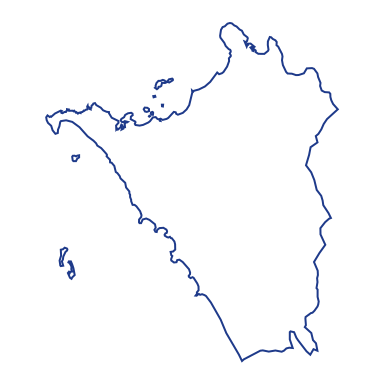 Nias Utara, Sumatera Utara, Indonesia (Natural Earth projection)
{"feature_id": "22746128B50601239773602", "entity_name": "Nias Utara", "entity_type": "district", "adm_level": 2, "iso_a3": "IDN", "parent_name": "Indonesia", "parent_adm1": "Sumatera Utara", "projection": "natural_earth1", "projection_center": [97.265, 1.31], "detail": "fine", "context": "isolated", "style": "outline", "palette": "blue", "viewbox_px": 384, "rotation_deg": 0, "n_neighbors": 0, "source": "geoboundaries", "source_scale": "gbopen_adm2", "svg_char_len": 5899}
<svg xmlns="http://www.w3.org/2000/svg" viewBox="0 0 384 384"><path d="M337.8,109.3L333.1,104.0L331.3,100.3L330.4,97.0L330.3,93.8L329.1,92.4L324.7,92.1L321.7,90.5L320.1,86.0L320.5,82.9L318.1,77.0L317.4,73.4L314.0,68.8L312.0,68.1L306.8,68.4L303.9,73.3L298.7,75.0L296.0,75.1L291.9,73.7L287.6,73.5L286.1,71.9L282.9,65.1L282.0,60.2L282.5,56.5L282.0,54.0L278.2,46.6L276.5,45.2L276.7,42.0L275.4,40.3L272.7,38.9L271.2,37.3L269.8,37.0L267.9,41.4L267.8,45.0L268.5,49.7L268.0,50.9L264.3,53.9L258.3,53.8L255.8,52.2L255.7,50.5L254.0,49.2L253.1,49.8L253.3,51.0L252.4,50.7L252.2,49.3L252.6,48.5L251.4,48.7L250.5,47.5L253.3,46.1L253.9,47.3L254.5,46.8L250.6,43.6L247.7,43.7L248.0,44.9L247.2,45.3L246.7,46.6L244.6,41.5L246.0,42.1L247.1,40.9L247.8,38.2L247.4,37.3L243.8,34.5L241.9,30.7L239.6,29.5L236.6,26.5L234.2,25.4L231.9,23.4L229.9,23.0L227.5,23.7L224.8,26.3L222.6,27.1L221.0,29.8L220.1,35.8L220.4,37.6L224.3,42.8L225.7,46.0L228.7,49.1L230.2,49.8L230.7,50.9L230.7,51.8L229.7,53.4L230.8,55.3L230.7,56.3L228.9,58.3L229.1,61.1L227.1,66.6L223.5,72.0L222.0,73.2L219.1,74.2L217.2,72.5L210.2,81.9L204.9,86.5L198.8,89.5L193.9,90.8L193.2,91.7L192.1,90.6L192.3,92.4L189.2,105.2L186.6,109.4L182.8,112.9L177.9,114.7L176.2,113.8L175.7,112.3L173.8,111.9L168.3,117.9L166.6,118.9L162.6,119.9L160.6,118.7L159.9,118.9L159.8,119.9L160.3,120.9L159.8,120.8L159.4,119.5L157.4,118.9L155.7,117.1L152.9,117.4L150.0,121.2L148.3,122.5L143.1,124.9L139.6,125.6L135.5,125.0L134.8,123.8L135.5,122.3L135.3,121.6L130.7,119.2L130.9,116.6L132.7,115.2L132.5,113.6L131.2,112.8L128.0,113.3L125.2,114.9L124.1,117.2L121.4,118.9L120.8,120.0L120.8,120.7L122.0,122.0L123.1,122.1L124.8,121.1L127.8,121.9L126.9,122.5L125.7,122.3L125.2,123.3L124.6,123.3L125.0,127.0L124.1,126.8L123.5,128.6L121.7,129.5L122.1,128.2L121.6,127.0L122.1,126.3L121.6,126.0L122.2,125.2L121.4,124.6L120.9,125.6L121.2,126.1L120.1,127.7L117.9,129.6L117.0,129.7L117.5,128.7L117.1,128.4L116.3,129.4L116.1,125.5L118.5,122.8L118.4,121.0L111.7,117.7L108.9,113.1L109.0,112.1L106.6,111.8L103.1,110.3L100.8,107.7L96.3,105.1L95.0,103.1L93.3,103.6L92.9,104.6L91.6,105.6L91.3,107.8L90.6,108.1L90.7,109.4L89.7,109.0L89.8,108.2L88.7,107.0L87.9,106.9L87.7,105.6L87.2,106.5L87.6,109.0L87.2,109.5L85.9,109.7L84.0,111.0L83.7,110.7L82.4,112.0L81.0,112.2L80.7,113.1L79.5,112.6L78.4,113.3L78.4,112.9L77.5,113.1L76.5,112.2L76.0,112.7L74.2,110.7L73.5,111.3L72.7,110.7L68.9,110.8L68.5,110.4L68.8,109.5L67.0,109.2L67.0,110.7L65.8,111.5L65.8,112.0L64.4,112.0L62.6,113.2L61.4,112.9L61.1,111.9L61.8,111.0L60.8,110.6L55.0,113.5L51.2,116.8L50.7,116.4L49.7,117.0L47.5,115.4L46.2,117.3L46.7,120.2L48.0,122.9L51.2,125.8L52.6,130.3L55.4,133.8L57.8,133.0L58.0,129.7L59.4,126.3L60.2,122.1L60.9,121.1L66.1,120.3L72.3,121.9L79.5,127.2L87.6,136.3L93.6,140.8L96.1,143.3L97.3,145.6L101.2,148.1L106.4,153.9L107.0,155.0L106.6,156.3L109.9,159.7L110.1,162.4L111.6,162.7L114.3,165.9L115.8,172.0L117.4,173.1L119.7,176.1L120.5,178.4L125.2,182.8L126.1,187.5L129.3,191.4L129.4,193.5L130.1,194.7L130.1,197.1L131.2,199.9L131.1,201.0L132.6,204.9L134.6,204.9L136.4,206.3L140.1,211.2L141.1,214.0L141.5,214.0L142.0,214.0L141.1,214.1L141.5,215.1L141.2,217.0L139.1,219.5L139.0,222.3L139.5,223.1L141.1,223.1L142.7,219.5L146.2,218.5L149.5,219.9L155.0,224.3L155.7,227.7L154.4,229.9L155.4,231.8L156.7,232.0L157.2,229.9L159.5,228.1L163.4,227.8L166.4,229.6L167.1,231.2L166.9,232.3L166.6,233.0L165.5,233.3L164.6,234.7L164.8,235.7L167.2,237.2L168.4,237.5L169.9,236.8L170.9,238.1L171.8,238.2L174.4,241.5L175.1,244.3L175.2,249.6L173.1,251.5L170.6,251.9L171.3,255.2L172.3,256.0L171.1,259.2L171.3,260.5L174.0,262.5L176.5,262.2L177.2,260.1L179.4,259.7L182.7,262.0L189.0,269.2L190.1,272.5L190.0,274.2L188.7,275.9L188.9,276.8L190.6,278.1L192.5,277.2L193.6,277.8L197.3,283.5L198.5,286.4L198.6,290.2L196.9,292.3L197.0,293.8L195.6,295.6L196.6,295.7L198.8,293.9L200.1,294.8L202.1,294.2L204.5,295.1L206.0,296.0L210.9,302.5L220.7,319.7L226.3,333.1L238.9,354.6L242.0,361.0L243.9,359.3L260.3,350.7L262.8,350.4L268.8,351.6L275.4,350.5L281.7,351.7L283.9,350.7L286.4,348.4L289.2,347.7L292.7,348.0L289.8,339.4L289.8,332.1L290.5,331.4L294.1,332.2L296.3,337.6L298.0,340.2L306.5,351.3L310.3,354.7L313.5,349.2L317.4,350.7L316.0,343.3L313.0,340.1L311.3,333.0L304.8,327.1L305.9,325.2L305.4,318.5L305.6,317.0L310.9,313.1L312.5,312.7L314.4,310.8L317.5,306.5L318.2,304.5L318.7,301.5L317.6,296.9L317.6,289.6L316.5,288.1L317.5,282.1L317.1,278.2L317.9,275.1L317.7,270.7L314.0,262.0L319.5,252.9L325.3,244.8L320.5,234.4L320.4,228.2L325.1,222.2L329.1,218.7L330.9,218.0L328.5,213.1L323.3,205.2L322.6,200.5L321.2,195.8L316.7,189.9L314.3,180.0L311.2,172.3L306.0,165.3L309.1,154.9L310.6,147.2L317.5,142.4L315.8,136.1L318.4,133.9L321.3,129.4L323.7,124.0L327.0,119.1L337.8,109.3ZM66.9,248.5L64.7,247.7L62.9,249.3L60.8,249.7L61.1,255.6L59.6,260.5L60.3,265.5L60.8,266.1L63.2,265.7L61.9,261.4L62.9,259.5L63.3,256.6L65.5,251.9L67.1,250.5L67.4,249.3L66.9,248.5ZM172.2,78.6L169.0,79.3L167.3,81.5L165.5,81.5L164.6,80.5L162.8,79.9L160.3,80.9L158.4,80.9L156.5,83.0L155.6,85.6L155.7,87.2L155.0,87.8L156.9,89.2L158.3,88.1L158.6,86.8L160.4,86.6L161.3,85.9L162.0,82.8L165.0,83.0L167.6,81.9L169.2,82.5L172.8,80.3L172.9,79.3L172.2,78.6ZM70.9,261.4L68.8,261.4L68.4,262.4L69.5,263.0L71.1,265.7L71.5,267.3L71.3,269.1L72.0,271.6L70.4,271.8L69.8,273.0L68.9,271.8L67.9,273.0L70.0,277.8L71.5,278.8L72.3,277.3L74.7,275.0L73.4,268.1L72.2,264.5L70.9,261.4ZM79.1,157.4L79.1,155.3L77.1,155.7L76.2,156.4L74.6,155.7L72.8,155.8L72.2,156.7L72.7,160.3L73.4,161.1L76.0,161.1L77.2,158.7L79.1,157.4ZM147.4,107.8L144.7,107.6L143.7,109.2L145.0,111.5L146.8,111.9L149.0,111.1L149.0,109.0L147.4,107.8ZM151.3,114.7L152.9,114.8L153.1,113.3L153.1,112.4L152.4,111.9L151.0,112.4L150.8,113.6L151.3,114.7ZM153.6,97.3L155.4,96.8L155.1,95.8L153.3,96.1L153.6,97.3ZM162.9,106.5L163.1,104.7L161.9,104.7L162.0,106.3L162.9,106.5ZM149.3,115.8L148.9,116.3L149.3,116.7L149.9,116.3L149.3,115.8Z" fill="none" stroke="#1e3a8a" stroke-width="2"/></svg>